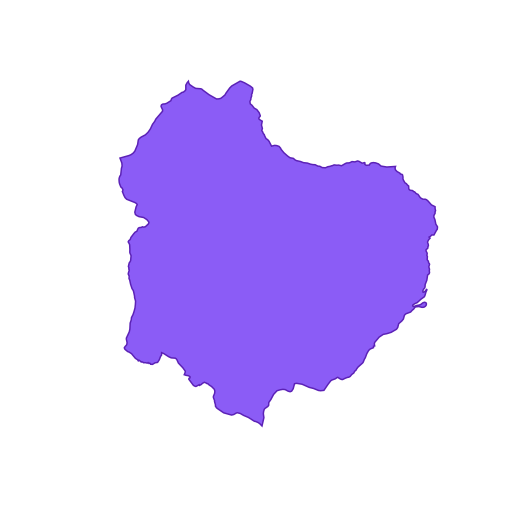 outline of Mutiscua, Norte de Santander, Colombia, rotated 35°
{"feature_id": "7082276B67639044969087", "entity_name": "Mutiscua", "entity_type": "district", "adm_level": 2, "iso_a3": "COL", "parent_name": "Colombia", "parent_adm1": "Norte de Santander", "projection": "albers", "projection_center": [-72.759, 7.314], "detail": "fine", "context": "isolated", "style": "filled", "palette": "violet", "viewbox_px": 512, "rotation_deg": 35, "n_neighbors": 0, "source": "geoboundaries", "source_scale": "gbopen_adm2", "svg_char_len": 6137}
<svg xmlns="http://www.w3.org/2000/svg" viewBox="0 0 512 512"><g transform="rotate(35 256 256)"><path d="M413.1,235.4L413.1,233.3L411.7,229.6L412.7,225.7L412.9,223.1L411.6,219.5L411.7,218.3L412.0,217.3L414.8,213.2L415.1,210.8L415.6,209.1L415.6,206.9L416.1,206.0L418.4,204.0L421.3,202.9L422.2,202.3L423.1,201.3L423.6,200.0L423.6,198.5L423.0,197.4L422.4,197.0L421.9,196.8L420.6,197.2L419.6,198.5L418.7,201.3L417.8,202.6L415.9,204.5L414.6,206.4L413.9,207.1L413.0,207.0L412.6,206.5L412.6,206.1L413.4,204.0L414.8,201.7L415.9,196.8L417.3,192.8L416.9,190.9L415.9,188.2L415.5,186.0L415.2,185.5L414.8,185.6L414.8,187.5L414.3,189.2L413.7,189.8L413.3,189.7L412.6,188.7L412.3,186.9L412.5,185.4L412.2,184.4L410.9,182.3L409.8,177.8L407.5,173.2L408.0,171.3L407.7,170.1L406.5,168.8L405.7,167.3L403.8,165.8L402.9,163.2L402.3,162.8L401.2,162.5L400.2,161.4L398.4,160.9L396.6,158.0L395.6,157.5L394.9,155.9L394.1,155.2L392.8,154.6L391.8,153.6L391.8,152.6L392.1,151.9L392.2,150.9L391.4,149.7L391.4,148.8L390.3,147.5L389.0,146.7L388.4,145.9L388.1,143.5L388.4,141.7L387.9,141.4L387.1,141.4L386.9,141.1L387.6,140.0L387.9,138.0L389.7,136.7L389.1,131.3L389.2,130.3L388.4,128.7L387.8,127.9L385.1,126.8L381.6,123.5L379.3,122.1L378.5,120.7L378.2,118.3L377.3,117.0L377.1,115.9L375.5,114.4L374.4,112.9L370.4,113.5L365.0,112.2L363.3,112.1L362.1,112.4L360.2,113.7L358.1,114.0L356.9,113.9L353.4,112.6L351.3,113.0L349.8,112.6L349.0,112.5L348.0,112.9L347.3,112.6L346.7,112.6L344.6,113.7L343.4,113.7L342.4,113.1L340.9,111.1L339.4,111.0L337.7,110.5L336.0,110.6L333.3,109.3L332.1,108.5L331.1,107.0L329.5,105.5L328.8,105.4L327.3,106.0L326.5,105.6L323.0,105.9L320.7,105.4L319.3,104.0L318.9,102.6L312.1,108.1L310.6,108.8L306.9,110.6L303.5,110.3L300.6,111.1L298.5,112.2L297.0,113.7L296.5,114.8L296.7,116.4L294.6,118.3L293.5,118.6L292.6,118.5L291.9,117.3L291.6,117.2L291.2,117.3L290.3,118.6L289.4,119.1L286.0,119.4L284.7,119.9L283.0,122.2L280.5,123.6L279.3,125.8L278.3,126.8L277.1,127.6L276.2,128.9L274.3,133.0L271.4,134.2L270.3,135.2L267.7,136.6L266.8,138.1L265.9,139.1L265.4,139.9L263.6,141.7L262.3,143.9L259.5,145.6L256.8,145.9L255.1,146.9L252.1,147.3L250.2,148.5L248.0,149.5L244.8,150.4L241.4,152.3L238.2,153.1L234.6,154.6L233.3,154.9L230.6,154.6L227.5,156.0L224.6,156.0L219.5,155.4L215.3,154.2L214.4,153.6L212.0,153.0L209.6,153.7L207.8,154.7L205.7,157.1L200.8,154.5L198.8,154.0L196.9,154.1L193.8,152.4L193.3,151.9L191.6,151.4L189.9,150.3L188.8,150.0L188.1,147.9L185.4,145.6L183.8,142.0L181.5,142.2L179.7,142.0L179.2,141.4L179.1,140.4L179.3,139.3L179.0,138.6L176.4,136.8L172.7,135.6L169.8,135.9L166.1,134.8L164.1,134.7L162.4,133.0L162.0,130.8L161.2,129.4L160.7,127.5L159.6,126.0L159.6,125.1L157.9,121.3L156.8,120.3L154.0,120.1L147.4,120.7L143.9,121.4L142.7,121.9L138.6,130.6L138.1,133.4L138.0,139.9L138.2,141.9L137.3,145.3L136.7,147.1L135.4,148.6L133.6,150.0L125.1,150.8L117.5,150.6L115.8,150.4L114.8,150.7L110.4,153.3L107.4,153.6L103.2,153.6L101.5,152.7L100.4,151.6L100.2,153.5L100.5,156.3L103.1,160.0L103.1,161.3L102.5,163.5L101.6,164.3L99.9,168.9L96.7,174.8L96.7,175.9L97.2,177.6L95.3,182.1L94.2,183.6L92.6,184.9L91.9,186.3L92.0,187.0L92.5,188.0L95.6,189.8L96.4,191.0L95.4,201.3L95.8,203.8L95.7,207.4L96.6,212.6L96.6,216.7L95.9,220.2L93.7,224.5L93.0,226.7L93.0,228.4L95.1,232.6L96.6,239.6L96.4,242.1L95.5,244.7L94.3,246.6L88.4,253.8L92.8,256.8L94.7,259.1L95.5,261.4L98.7,267.2L98.7,268.8L99.3,270.8L100.0,272.0L101.6,274.0L102.8,275.1L105.7,277.0L107.4,277.2L108.9,278.0L109.5,279.1L109.5,279.8L113.0,282.1L115.3,283.3L117.5,283.7L126.4,281.6L128.1,281.6L129.2,282.0L129.6,284.5L131.6,289.6L133.3,291.1L134.8,291.3L137.5,290.9L141.9,288.9L145.8,288.8L148.6,289.6L149.2,290.2L149.4,291.8L148.5,295.6L147.4,296.8L146.1,297.3L145.7,298.3L144.0,299.8L143.6,301.0L144.2,304.1L143.3,305.8L143.1,307.7L142.9,312.5L143.5,314.7L143.0,316.4L143.1,317.5L143.6,318.0L144.9,318.5L146.1,319.3L149.1,323.2L150.4,325.2L151.1,325.9L153.5,327.4L155.8,331.4L156.1,332.4L156.1,334.4L157.2,337.1L157.5,337.8L158.8,338.7L159.2,339.6L160.3,340.3L161.3,343.4L161.7,344.1L163.6,345.2L165.0,347.4L166.3,348.1L169.5,351.1L173.1,353.8L175.3,354.7L176.4,355.6L179.6,358.6L180.4,359.7L183.2,362.0L185.0,364.9L186.7,368.0L187.9,371.3L188.9,374.7L189.3,377.8L190.5,380.0L191.4,383.1L194.6,388.2L195.7,390.8L196.9,397.6L197.6,398.6L200.0,400.8L200.8,402.3L201.0,403.2L200.7,405.2L200.8,406.8L202.2,407.6L205.7,407.9L207.2,407.5L210.1,407.4L215.9,409.0L218.5,408.9L219.7,409.4L219.9,408.5L222.0,408.5L222.8,408.7L223.1,408.2L224.0,407.9L225.1,407.9L226.6,406.8L228.4,406.1L228.7,405.2L230.0,405.4L230.3,404.8L231.0,404.7L231.8,405.1L233.4,404.1L234.5,401.5L236.4,399.6L236.3,396.5L235.4,392.9L235.5,391.4L234.1,389.3L236.6,388.8L242.1,388.6L244.9,388.1L248.5,386.0L249.7,386.0L251.0,386.5L253.8,388.2L260.1,389.5L263.6,390.7L264.3,391.1L264.9,392.5L265.3,394.4L267.1,393.9L269.4,392.8L271.1,392.7L271.8,393.6L271.3,394.5L271.4,395.0L271.7,395.5L279.0,397.9L281.1,397.6L281.7,397.2L283.3,394.0L283.9,394.4L284.8,392.8L285.2,391.0L286.1,389.1L287.6,388.7L289.2,388.6L289.6,388.2L291.5,388.5L294.4,388.4L298.3,389.1L299.8,390.3L300.9,392.3L301.6,395.4L302.3,396.4L305.1,398.3L305.5,399.0L308.3,401.3L308.8,402.2L310.7,403.0L312.7,403.1L319.5,403.0L327.2,400.3L328.7,398.6L330.0,395.8L330.6,395.1L333.5,394.0L337.2,393.7L342.4,392.6L349.5,392.3L350.5,391.8L353.3,391.2L355.2,391.2L358.4,391.8L355.2,383.9L352.5,381.0L351.5,379.2L350.7,376.9L350.8,375.7L352.0,372.5L352.0,371.0L350.5,368.7L350.5,365.0L349.8,359.3L350.5,354.3L352.4,351.9L354.5,349.8L356.5,348.7L359.9,348.3L361.8,347.6L362.7,346.3L362.6,343.4L360.8,338.5L362.3,337.0L367.3,334.6L374.9,333.1L379.1,331.5L384.3,330.3L386.2,329.3L388.7,327.1L388.6,320.0L388.8,315.4L389.3,314.1L391.4,311.1L392.1,309.1L392.6,308.5L395.4,308.4L396.8,308.1L397.8,307.5L399.3,304.8L400.7,302.8L401.5,302.1L402.2,300.7L402.4,298.1L403.2,295.7L402.9,293.9L403.4,292.3L403.2,290.6L403.3,288.4L404.7,282.5L404.7,281.4L404.0,278.4L403.9,276.7L402.8,272.5L402.5,269.5L402.5,268.5L402.9,266.7L404.8,263.7L404.0,262.5L404.8,261.6L403.3,260.1L402.8,258.7L403.4,251.8L405.2,247.2L407.7,244.6L410.5,241.0L413.1,235.4Z" fill="#8b5cf6" stroke="#5b21b6" stroke-width="1.5"/></g></svg>